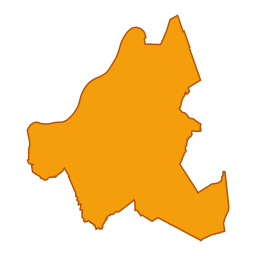 the district of Zwolle, Overijssel, Netherlands, rotated 90°
{"feature_id": "6326949B35922882821703", "entity_name": "Zwolle", "entity_type": "district", "adm_level": 2, "iso_a3": "NLD", "parent_name": "Netherlands", "parent_adm1": "Overijssel", "projection": "equal_earth", "projection_center": [6.14, 52.514], "detail": "fine", "context": "isolated", "style": "filled", "palette": "amber", "viewbox_px": 256, "rotation_deg": 90, "n_neighbors": 0, "source": "geoboundaries", "source_scale": "gbopen_adm2", "svg_char_len": 5626}
<svg xmlns="http://www.w3.org/2000/svg" viewBox="0 0 256 256"><g transform="rotate(90 128 128)"><path d="M231.2,31.3L223.5,32.5L222.9,32.4L218.1,31.1L210.2,27.5L209.7,27.4L207.0,27.2L171.9,31.0L171.6,31.5L171.7,32.1L171.9,32.3L171.9,32.5L171.6,32.7L171.8,32.9L172.5,33.0L172.8,32.9L173.5,33.0L175.0,33.0L176.5,33.8L177.9,34.3L180.0,34.4L180.5,34.7L181.4,35.6L182.1,36.7L182.6,37.0L182.8,37.5L183.3,39.6L184.1,44.4L192.8,58.2L190.9,59.0L190.5,59.2L164.2,76.2L160.2,74.2L159.2,73.8L158.9,74.0L155.0,72.1L153.1,71.8L152.7,71.5L152.6,71.2L152.3,70.6L152.0,70.4L151.3,70.1L150.6,69.9L150.3,69.9L150.0,70.1L149.2,70.7L148.4,70.7L147.1,70.5L146.3,70.1L145.7,69.5L145.2,69.5L144.7,69.5L144.4,69.2L144.2,69.2L144.4,69.4L144.1,69.4L143.7,69.5L140.8,68.6L139.8,69.0L139.1,67.9L138.9,67.5L138.7,67.5L138.6,67.4L138.1,67.5L138.2,67.2L137.8,67.1L137.3,66.8L137.0,66.2L136.5,65.3L136.0,64.8L134.9,64.4L134.6,64.4L134.4,64.0L133.8,64.3L133.4,64.3L132.1,64.3L131.0,64.0L130.8,63.9L130.8,63.7L131.0,63.1L130.9,63.0L131.1,61.4L131.5,59.0L131.3,57.0L131.1,57.0L131.0,56.6L131.1,55.3L128.9,55.2L128.9,55.7L124.9,55.5L123.8,55.3L123.3,56.2L123.2,56.8L121.4,59.2L121.0,60.3L119.1,62.2L118.7,63.6L118.6,64.6L118.4,65.4L118.1,65.9L117.8,67.0L117.6,67.3L117.4,67.5L116.9,67.9L115.8,68.2L115.3,68.6L112.9,71.2L112.6,71.8L112.4,73.2L112.1,73.6L111.9,74.3L108.6,76.6L107.2,75.8L106.9,75.9L106.6,75.6L105.6,75.2L103.2,74.8L99.6,73.8L96.5,72.3L96.1,71.7L95.3,71.4L93.5,71.0L92.1,70.3L94.2,69.6L93.2,67.9L91.4,66.5L87.7,67.8L84.2,62.1L84.0,61.7L83.8,61.5L81.4,57.4L81.2,57.2L81.1,56.9L80.1,55.5L47.7,66.8L47.4,66.2L31.0,72.0L31.5,72.9L15.4,78.5L18.2,83.3L18.6,84.0L18.8,84.5L19.0,85.1L19.3,85.7L19.9,85.9L19.9,86.0L27.3,88.3L27.2,88.2L32.6,90.1L32.9,90.2L32.9,90.3L39.3,93.0L44.5,95.4L44.3,105.0L43.9,105.6L44.2,105.9L44.2,106.2L44.2,110.8L43.2,111.0L42.3,111.2L42.0,111.4L41.2,111.3L40.5,111.5L39.7,111.5L39.0,111.4L38.4,111.4L37.1,110.0L31.7,112.0L29.9,113.8L29.0,114.9L28.3,116.3L27.5,118.8L27.4,119.7L27.4,120.8L27.5,121.9L27.8,122.9L28.0,123.5L28.8,124.9L30.0,126.6L31.8,128.4L33.6,129.8L36.9,132.0L38.1,132.7L39.7,133.5L43.5,135.1L51.2,137.3L55.4,138.9L57.5,139.8L60.3,141.3L69.2,146.9L70.8,148.0L72.6,149.6L73.2,150.4L74.9,152.9L76.6,156.0L77.8,159.0L78.7,161.0L79.6,162.6L80.8,164.4L82.1,166.1L83.2,167.4L85.5,169.4L87.1,170.6L89.4,172.1L90.9,172.9L93.0,173.9L96.3,175.1L102.6,176.8L104.9,177.5L106.9,178.3L108.5,179.1L111.4,181.0L113.8,182.7L114.6,183.4L117.8,186.4L119.6,188.5L120.3,189.5L120.8,190.4L121.6,192.2L122.0,193.4L122.2,194.9L122.3,198.3L122.5,200.6L122.9,203.0L123.6,205.7L123.8,207.0L123.9,208.2L124.0,209.8L124.0,211.6L123.8,213.5L123.4,215.4L122.4,218.3L122.3,218.8L122.2,220.0L122.6,221.6L123.2,223.0L123.9,224.1L124.9,225.3L125.6,225.9L126.9,226.9L128.0,227.6L130.5,228.8L132.7,228.1L134.1,227.9L134.8,227.9L135.3,227.7L139.8,226.7L142.6,226.3L144.2,226.4L145.2,226.3L145.8,226.3L147.7,227.0L149.0,227.2L154.9,227.4L159.2,227.3L159.9,228.3L160.5,228.4L162.0,227.9L163.0,227.4L163.3,227.3L163.6,226.9L163.6,226.6L164.0,225.6L164.1,224.8L164.1,224.5L164.2,224.2L164.4,223.2L164.8,223.0L165.6,224.4L172.0,223.4L172.4,222.3L172.9,221.9L173.9,220.4L175.2,218.4L176.5,215.9L176.7,215.7L177.9,215.5L178.1,215.3L178.4,215.0L178.5,213.6L178.6,213.3L179.3,212.8L179.6,212.2L180.1,210.8L180.1,210.3L179.9,209.6L179.1,208.5L178.4,208.1L178.1,207.7L176.9,205.6L177.0,205.3L177.3,204.5L177.2,203.9L177.2,203.1L177.0,202.7L176.4,201.8L176.3,201.7L176.3,201.3L176.6,201.3L176.6,201.2L177.1,201.2L177.1,200.7L176.9,200.5L176.6,200.2L176.4,199.8L175.9,199.3L174.6,198.0L173.0,195.6L171.8,194.3L170.8,193.3L169.9,192.7L168.2,191.6L176.0,186.9L176.6,187.4L187.8,182.6L188.2,182.4L188.4,182.3L193.4,180.3L195.4,180.1L196.3,180.4L197.7,178.3L200.1,178.7L200.2,178.8L200.1,179.1L200.4,179.0L201.4,177.2L202.2,177.3L202.3,177.4L203.0,177.7L204.6,177.7L205.0,177.5L203.9,175.6L204.5,175.0L207.7,175.5L208.0,175.7L208.7,175.8L209.4,176.0L209.6,176.0L209.7,175.7L210.2,175.0L210.3,174.7L210.4,174.0L210.3,173.7L211.0,173.6L212.6,173.7L212.7,174.0L212.8,174.0L216.7,173.9L217.5,173.8L217.7,173.4L218.6,172.4L220.4,172.4L220.8,172.5L221.6,170.8L222.1,170.8L222.0,170.6L221.2,168.2L220.6,167.3L220.7,167.1L221.7,166.2L222.1,166.2L222.4,165.6L222.8,165.2L223.1,164.8L223.1,164.6L222.9,164.5L224.2,162.7L224.4,162.4L225.5,161.9L225.1,161.5L225.7,161.2L226.5,160.9L227.3,160.5L228.1,160.2L229.2,160.0L229.2,159.9L230.0,159.7L229.1,159.9L227.6,157.2L228.9,156.7L229.0,156.1L228.9,155.9L228.5,155.5L228.8,154.8L228.8,154.5L228.9,154.3L228.6,153.9L228.3,153.7L226.7,153.2L225.5,153.6L225.3,153.3L224.5,152.8L224.0,152.6L223.6,152.3L223.3,152.3L223.0,151.9L222.7,151.9L222.4,151.8L222.1,151.6L222.0,151.3L221.5,151.0L220.8,150.9L220.6,150.7L220.5,150.2L220.3,150.0L219.6,150.2L219.3,150.2L219.1,149.9L219.2,149.6L219.2,149.4L217.8,148.8L217.4,149.1L216.8,148.3L216.3,148.2L216.0,148.0L215.5,146.8L215.6,146.3L215.5,146.0L214.6,145.4L214.3,145.3L214.5,144.0L214.2,142.7L213.3,141.8L212.0,140.3L211.4,139.8L211.9,139.2L212.0,138.8L212.0,138.3L211.9,137.9L211.6,137.6L211.8,137.2L211.6,136.8L202.8,125.3L201.8,124.2L199.9,121.7L201.3,121.3L205.7,120.9L209.3,120.9L209.9,121.1L210.4,121.0L210.4,120.8L210.0,120.7L210.2,119.9L210.5,118.9L213.9,116.4L215.7,115.3L215.5,114.9L215.3,113.5L215.5,113.1L216.2,112.1L217.4,110.3L221.3,103.9L217.6,98.0L218.3,96.8L218.2,96.8L220.4,92.8L221.0,92.2L221.0,91.5L223.6,86.7L223.9,86.6L225.1,84.5L224.8,84.7L224.6,84.6L225.2,83.6L234.4,66.5L234.6,66.4L234.6,66.2L235.6,64.2L240.6,54.8L239.2,53.8L235.0,44.7L234.8,44.6L233.9,40.5L233.7,40.5L232.9,36.4L232.6,36.3L231.2,31.3Z" fill="#f59e0b" stroke="#b45309" stroke-width="1.5"/></g></svg>